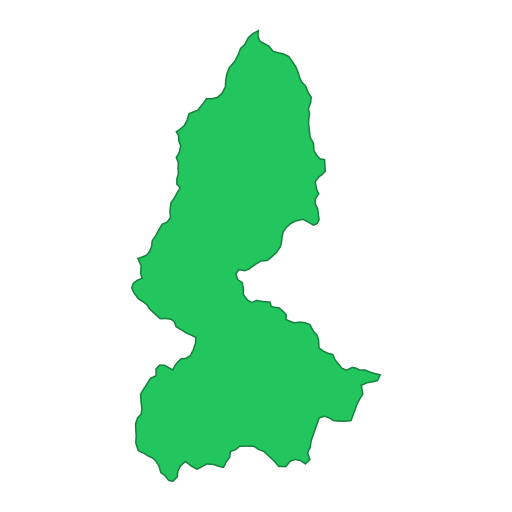 outline of Eugenópolis, Minas Gerais, Brazil
{"feature_id": "56859067B20403455041132", "entity_name": "Eugenópolis", "entity_type": "district", "adm_level": 2, "iso_a3": "BRA", "parent_name": "Brazil", "parent_adm1": "Minas Gerais", "projection": "robinson", "projection_center": [-42.221, -20.998], "detail": "fine", "context": "isolated", "style": "filled", "palette": "green", "viewbox_px": 512, "rotation_deg": 0, "n_neighbors": 0, "source": "geoboundaries", "source_scale": "gbopen_adm2", "svg_char_len": 3137}
<svg xmlns="http://www.w3.org/2000/svg" viewBox="0 0 512 512"><path d="M319.1,219.6L318.3,214.5L317.7,208.8L315.3,204.1L315.4,198.6L318.7,193.8L316.4,188.7L315.3,181.7L318.7,177.0L322.4,174.3L325.3,171.3L324.9,165.3L324.5,159.6L319.8,158.8L316.7,155.1L313.9,150.5L313.5,143.2L310.3,137.6L309.4,131.1L308.6,123.8L308.8,118.4L309.6,113.8L308.4,108.4L310.5,103.0L311.3,97.3L308.2,92.7L305.8,86.3L301.6,81.8L299.6,77.5L298.2,72.7L295.7,66.5L292.5,61.8L288.8,56.5L283.0,53.8L278.5,52.8L273.2,51.5L268.9,46.2L264.5,43.7L260.0,41.3L257.9,36.4L258.3,30.7L253.0,33.5L248.3,37.7L244.8,44.5L240.6,48.4L238.4,54.3L234.5,61.6L229.3,67.6L226.8,74.1L225.7,80.2L225.4,86.8L221.9,93.5L217.3,97.4L212.1,98.7L206.6,98.6L203.4,103.2L200.5,106.7L197.8,110.3L194.0,111.6L189.1,113.7L187.2,119.9L184.3,125.6L179.8,129.5L176.3,131.7L178.6,135.8L178.8,141.0L180.7,145.8L179.2,152.7L176.3,157.4L178.3,162.8L178.0,168.6L178.4,173.8L176.9,178.6L176.8,184.1L180.1,187.8L176.9,193.1L174.6,197.5L170.9,202.9L169.9,211.0L170.5,217.8L166.9,222.2L162.2,224.2L159.2,229.1L155.5,236.0L152.3,240.6L151.6,246.3L149.9,250.8L146.8,255.1L142.7,256.8L137.9,258.5L141.1,265.6L140.6,273.2L142.1,278.3L137.2,280.3L133.4,283.2L131.7,287.9L134.3,293.5L138.7,299.1L143.1,301.8L146.8,304.6L149.5,308.8L152.9,312.1L156.7,315.5L160.2,318.7L166.0,318.5L171.1,319.3L174.5,321.9L176.0,326.6L181.4,329.9L186.7,333.2L191.1,335.1L195.8,337.4L195.5,343.2L193.4,349.6L190.5,355.5L185.6,358.5L181.3,358.7L177.9,361.8L174.8,365.7L172.9,369.9L168.4,367.5L164.5,365.3L159.7,365.1L156.0,369.0L156.1,375.7L150.6,378.2L147.0,383.9L143.4,389.5L140.6,394.2L141.1,402.0L141.9,408.9L141.1,414.3L137.7,417.6L135.6,423.6L135.8,429.9L136.2,436.2L135.8,443.1L138.3,450.7L144.2,453.4L148.4,456.1L152.5,457.9L155.7,460.8L158.9,465.9L160.8,472.5L165.2,475.9L168.6,480.3L172.9,481.3L177.3,476.9L177.9,470.8L180.7,465.7L185.4,461.5L191.1,465.9L196.9,469.2L200.9,467.3L206.6,464.0L213.5,464.4L218.3,466.2L223.5,467.4L226.3,461.7L229.7,457.3L230.3,451.5L235.6,449.7L239.6,446.3L247.7,446.1L254.0,446.3L258.2,449.2L264.0,451.5L269.8,457.0L274.4,461.2L278.6,466.4L285.9,466.6L290.3,461.1L295.2,459.5L300.3,460.5L305.4,463.9L309.9,459.5L307.6,452.8L310.0,447.8L311.3,440.3L319.2,417.9L324.7,416.2L329.1,417.9L333.4,420.6L338.5,421.1L345.9,421.2L351.0,420.6L355.1,409.6L356.5,405.4L359.0,400.3L362.8,393.9L361.3,385.3L367.3,382.7L373.1,381.7L377.3,380.7L380.3,374.9L375.8,373.8L370.9,372.4L364.7,369.9L359.7,370.1L356.2,368.2L352.3,367.4L346.5,370.2L341.8,368.2L338.5,364.0L334.7,359.3L332.8,354.5L328.5,353.5L324.0,351.5L319.0,347.9L318.6,340.3L317.1,335.2L313.4,331.2L309.9,324.6L304.9,322.7L299.6,322.1L294.4,322.9L290.0,321.2L285.9,319.5L286.3,314.8L283.4,311.6L279.1,307.9L275.1,307.4L271.3,306.5L270.0,302.1L263.2,301.6L256.3,300.4L252.2,302.6L247.7,300.2L243.4,294.7L243.4,288.3L242.2,282.7L237.7,279.6L235.8,274.1L238.8,269.7L244.8,270.7L249.0,269.1L254.1,265.2L260.9,261.0L267.2,260.5L271.2,257.3L276.1,252.9L280.4,246.7L281.5,242.2L282.1,237.2L283.2,231.8L286.3,227.5L290.4,223.7L295.4,221.1L303.0,219.3L309.0,222.5L313.5,225.2L317.2,223.5L319.1,219.6Z" fill="#22c55e" stroke="#15803d" stroke-width="1.5"/></svg>